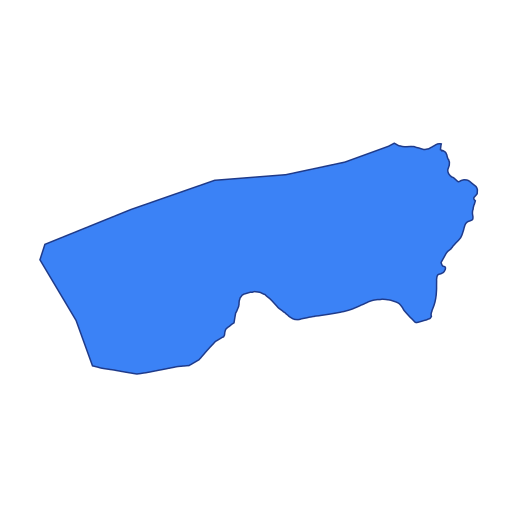 Monchy/Cardinal, Gros Islet, Saint Lucia (Robinson projection), rotated 5°
{"feature_id": "8701671B69664820658119", "entity_name": "Monchy/Cardinal", "entity_type": "district", "adm_level": 2, "iso_a3": "LCA", "parent_name": "Saint Lucia", "parent_adm1": "Gros Islet", "projection": "robinson", "projection_center": [-60.917, 14.062], "detail": "fine", "context": "isolated", "style": "filled", "palette": "blue", "viewbox_px": 512, "rotation_deg": 5, "n_neighbors": 0, "source": "geoboundaries", "source_scale": "gbopen_adm2", "svg_char_len": 5530}
<svg xmlns="http://www.w3.org/2000/svg" viewBox="0 0 512 512"><g transform="rotate(5 256 256)"><path d="M425.3,307.1L426.6,306.6L427.4,306.3L427.8,306.1L428.6,305.8L429.3,305.5L429.9,305.3L431.4,304.8L433.3,303.7L434.2,303.4L434.7,303.1L434.9,302.9L435.1,302.6L435.5,301.9L436.0,300.9L435.7,300.1L435.5,299.0L435.6,297.3L436.0,295.9L436.1,294.9L437.1,291.5L437.6,289.7L438.3,286.3L438.7,282.8L438.9,279.1L438.8,274.4L438.7,272.5L438.4,269.2L438.1,265.2L437.9,263.5L438.0,262.1L438.0,261.4L438.2,260.2L438.4,259.8L438.8,258.9L439.3,258.5L439.9,258.2L441.1,257.8L441.7,257.6L443.9,256.2L444.4,255.6L444.8,255.1L445.7,253.0L445.8,252.0L445.8,251.3L445.2,250.3L444.0,250.0L443.0,249.8L442.3,249.1L442.1,248.8L441.0,246.7L441.0,246.2L442.6,242.6L443.3,241.1L445.1,237.0L445.7,236.0L446.6,234.7L448.6,232.8L449.6,231.9L450.0,231.0L450.2,230.8L450.5,230.6L451.4,228.9L452.7,227.3L453.7,225.9L455.2,224.1L456.3,222.8L457.2,221.5L458.3,219.9L459.3,217.2L459.7,215.6L460.5,212.1L460.9,209.6L461.5,206.9L462.1,205.4L463.1,204.1L464.2,203.2L466.2,202.3L467.9,201.4L468.6,200.7L468.8,199.6L468.7,198.0L468.0,195.3L467.9,194.7L467.8,193.1L467.9,191.6L468.2,190.4L468.2,188.8L468.4,187.9L468.5,187.1L468.6,186.5L469.0,185.5L469.7,181.9L468.4,180.8L468.0,180.0L467.9,179.3L468.1,178.6L468.5,178.1L470.0,176.1L470.9,174.7L470.9,174.3L470.8,170.8L470.2,169.2L469.1,167.6L468.5,167.2L464.7,164.7L462.0,162.8L461.5,162.6L460.4,162.1L459.1,161.9L458.1,161.9L456.9,161.9L456.0,162.1L454.3,162.7L453.3,163.2L452.6,163.8L451.9,164.1L451.3,164.4L450.5,164.2L447.1,161.6L446.0,160.8L444.9,160.4L444.6,160.4L444.4,160.3L443.5,159.9L443.2,159.5L442.3,159.0L442.1,158.7L441.4,158.0L440.6,157.0L439.8,155.3L439.5,153.5L439.6,153.0L440.6,148.9L440.6,147.6L440.5,145.6L440.0,144.6L439.6,143.4L439.2,143.2L438.3,141.6L438.1,141.0L437.6,139.8L437.4,138.9L436.8,137.9L436.5,137.2L436.1,136.6L435.4,135.9L433.3,134.8L432.4,134.6L432.1,135.1L431.7,134.7L430.8,133.9L430.5,133.9L430.5,132.5L430.6,129.7L430.8,128.2L430.1,128.1L429.5,128.1L428.3,128.3L427.2,128.5L426.5,128.9L425.4,129.5L424.1,130.5L423.0,131.2L421.8,132.1L420.6,132.8L419.5,133.6L418.6,134.2L417.3,134.5L416.0,134.9L415.0,135.2L413.8,135.3L410.9,134.7L408.9,134.2L406.4,133.9L405.3,133.6L403.8,133.2L402.3,133.3L401.0,133.4L400.0,133.5L398.5,133.7L397.4,133.9L395.7,134.1L394.9,134.2L393.1,134.2L391.7,134.1L390.4,133.8L389.1,133.8L387.9,133.4L386.6,132.8L385.4,132.2L384.3,131.8L383.9,131.6L378.5,135.1L336.4,154.7L278.7,172.4L208.2,184.2L127.3,220.6L44.7,262.8L41.1,278.6L82.4,335.9L102.7,379.7L104.2,379.9L105.0,380.0L106.1,380.2L107.5,380.4L108.6,380.6L110.0,380.9L111.2,381.1L112.1,381.2L113.2,381.3L114.4,381.4L116.2,381.5L117.9,381.6L118.6,381.6L120.6,381.8L121.8,381.8L123.5,381.9L125.1,382.0L126.5,382.2L127.8,382.3L128.9,382.4L130.3,382.5L131.8,382.7L133.3,382.8L134.5,382.9L135.5,383.0L136.6,383.1L138.1,383.2L139.1,383.3L140.5,383.4L140.8,383.4L142.2,383.5L144.1,383.7L145.7,383.8L146.9,383.9L147.8,383.9L148.6,383.7L149.6,383.5L151.1,383.2L152.2,382.9L153.3,382.6L154.5,382.3L156.0,382.0L157.2,381.7L158.5,381.3L159.7,381.0L161.1,380.6L162.7,380.1L163.9,379.8L165.4,379.3L166.3,379.1L167.9,378.6L168.9,378.3L170.0,378.0L171.5,377.6L172.9,377.2L174.2,376.8L175.7,376.4L177.3,375.9L178.6,375.5L179.9,375.2L180.7,374.9L182.2,374.5L183.3,374.2L184.3,373.9L185.5,373.5L186.6,373.2L187.4,373.0L187.9,372.9L188.9,372.7L190.1,372.5L191.3,372.3L192.7,372.0L194.2,371.8L195.2,371.6L196.2,371.4L197.3,371.2L198.2,371.1L198.8,371.0L199.7,370.3L200.4,369.9L201.4,369.2L202.5,368.4L203.5,367.7L204.5,367.0L205.9,366.0L207.0,365.2L207.9,364.6L208.3,364.3L208.9,363.4L209.4,362.8L209.9,362.2L210.6,361.1L211.3,360.2L212.3,358.8L213.2,357.6L213.9,356.5L214.7,355.5L215.6,354.2L216.4,353.2L217.3,352.0L218.1,350.9L219.1,349.7L219.6,349.0L220.3,348.2L221.1,347.2L221.9,346.1L222.5,345.3L223.0,344.7L223.3,344.5L223.9,344.0L224.7,343.5L225.3,343.0L225.8,342.7L226.7,342.0L228.1,341.0L229.1,340.2L229.4,340.0L230.7,339.4L230.9,339.0L231.5,337.5L231.6,334.5L232.0,332.5L232.3,331.6L233.2,330.5L234.4,329.3L235.8,328.2L236.4,327.5L238.3,325.7L239.9,324.5L240.3,319.1L240.7,314.5L241.0,314.0L241.5,312.9L243.1,307.7L243.2,306.4L243.3,306.0L243.2,304.4L243.2,302.1L243.5,300.9L243.8,299.2L244.4,298.2L245.1,297.1L245.6,296.2L246.4,295.7L247.3,295.0L248.9,294.4L253.7,292.5L255.3,292.5L257.4,291.6L257.9,291.6L261.0,291.7L262.7,291.8L263.7,292.0L264.4,292.3L267.0,293.3L268.4,293.6L268.9,294.1L270.0,295.0L270.9,295.6L273.5,297.3L276.0,299.4L278.8,302.0L281.1,304.1L282.3,305.3L283.5,306.2L287.2,308.4L288.2,309.2L289.9,310.0L291.0,311.0L292.9,312.2L293.9,313.1L294.9,313.7L298.1,315.3L298.9,315.5L300.0,315.8L300.3,315.8L302.7,315.8L303.2,315.7L304.3,315.6L304.8,315.4L305.7,315.1L306.5,314.7L307.2,314.5L309.2,313.9L312.1,313.1L314.7,312.2L315.9,312.0L317.8,311.4L319.4,311.1L319.9,310.8L321.0,310.6L321.3,310.5L322.5,310.3L323.7,310.1L326.0,309.5L333.5,307.7L339.7,306.1L345.2,304.6L346.2,304.2L348.2,303.7L351.2,302.6L352.8,302.0L355.9,300.7L357.0,300.2L358.6,299.3L360.4,298.4L363.3,296.8L364.0,296.4L365.0,295.7L366.0,295.3L367.7,294.4L368.6,293.8L370.8,292.6L372.0,291.8L374.9,290.5L377.1,289.7L380.9,288.8L383.4,288.6L384.4,288.3L385.6,288.0L386.5,288.0L387.0,288.0L388.0,288.0L388.4,288.0L389.6,288.0L390.2,288.1L392.0,288.1L394.0,288.3L398.2,289.3L399.5,289.6L401.5,290.3L403.0,291.1L403.4,291.5L404.3,292.3L406.6,294.9L407.0,295.6L408.2,297.3L410.8,299.8L414.9,303.6L417.2,305.4L420.1,308.0L421.3,308.4L422.2,308.2L423.2,307.9L425.3,307.1Z" fill="#3b82f6" stroke="#1e3a8a" stroke-width="1.5"/></g></svg>